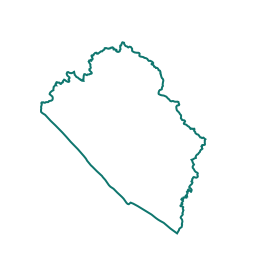 Mahanoro, Atsinanana, Madagascar, rotated 114°
{"feature_id": "10022922B42807663031303", "entity_name": "Mahanoro", "entity_type": "district", "adm_level": 2, "iso_a3": "MDG", "parent_name": "Madagascar", "parent_adm1": "Atsinanana", "projection": "mercator", "projection_center": [48.476, -20.043], "detail": "fine", "context": "isolated", "style": "outline", "palette": "teal", "viewbox_px": 256, "rotation_deg": 114, "n_neighbors": 0, "source": "geoboundaries", "source_scale": "gbopen_adm2", "svg_char_len": 5690}
<svg xmlns="http://www.w3.org/2000/svg" viewBox="0 0 256 256"><g transform="rotate(114 128 128)"><path d="M148.6,214.0L149.2,212.4L149.7,209.0L152.9,201.6L155.1,195.5L158.8,186.1L161.3,180.4L164.0,174.6L167.7,165.3L171.6,156.9L173.1,154.0L174.6,151.9L177.2,146.7L177.8,144.9L180.1,139.0L182.4,132.2L183.1,131.1L184.7,127.6L188.0,122.2L188.8,120.2L189.4,116.5L191.3,111.7L193.4,105.6L194.4,103.2L197.0,98.9L197.5,97.5L197.3,96.3L195.1,95.2L195.0,92.4L195.4,87.3L197.5,71.3L198.9,66.0L199.5,63.0L199.8,60.5L200.1,56.8L202.6,48.3L204.3,40.3L200.5,39.9L199.8,40.1L198.9,40.0L196.6,38.7L194.4,39.2L194.0,39.7L191.4,40.2L190.0,41.1L189.3,42.0L188.7,43.2L188.3,43.5L187.4,43.5L185.0,42.8L184.4,42.9L183.7,43.7L182.1,43.7L181.2,44.0L180.5,43.9L179.7,45.0L179.1,45.2L178.0,45.3L177.8,45.4L177.6,46.4L178.0,48.1L177.8,48.4L177.5,48.5L176.8,48.1L176.1,48.1L175.6,47.4L175.2,47.5L175.1,48.3L174.9,48.5L172.3,48.0L171.7,48.7L171.8,49.8L171.6,50.2L170.5,50.1L170.4,50.0L170.4,49.3L170.3,48.7L169.7,48.7L168.9,49.0L168.4,48.1L167.9,46.5L167.7,46.6L167.2,47.7L166.4,47.7L166.3,47.4L166.4,47.1L167.0,46.3L166.7,46.0L165.0,47.2L163.3,47.1L162.4,48.2L162.0,48.1L161.6,47.3L161.3,47.3L160.4,48.0L159.8,47.9L159.6,47.8L159.6,47.5L160.3,46.1L160.2,45.4L160.7,44.6L160.6,44.4L159.2,44.5L158.5,44.8L157.7,46.2L157.4,47.6L157.1,48.0L156.7,48.1L156.0,47.9L155.4,47.9L153.1,46.9L151.6,46.9L151.3,47.1L151.2,48.1L151.1,48.3L149.5,48.1L148.7,48.6L147.8,48.3L146.8,48.4L146.0,47.9L145.9,46.6L145.6,45.4L144.7,44.6L144.0,44.5L143.1,45.0L142.5,45.7L141.5,45.7L141.0,45.8L140.7,46.4L140.6,48.1L140.3,49.0L139.9,49.8L138.9,51.0L138.0,52.7L137.1,53.2L135.6,53.2L134.6,52.8L134.4,53.0L134.0,53.8L132.6,55.4L132.2,55.6L131.2,57.0L130.2,55.9L128.6,54.8L127.7,53.8L126.7,54.5L125.4,54.5L124.0,54.0L123.6,53.5L123.3,53.4L121.8,53.1L120.6,52.6L119.3,52.8L118.4,52.6L117.6,52.0L116.7,51.6L116.2,52.3L115.9,52.5L115.0,52.7L114.9,53.4L113.5,53.3L113.1,52.8L112.6,51.6L111.9,51.0L110.6,51.6L109.9,52.1L108.8,52.4L108.3,52.8L107.2,52.8L106.8,52.7L106.6,53.8L106.1,55.1L106.2,55.4L107.1,56.2L106.9,57.3L107.2,58.1L106.7,58.9L106.4,59.6L106.0,60.0L105.5,61.4L105.7,62.7L105.5,63.5L105.1,64.5L104.3,65.0L103.7,66.4L102.1,66.8L101.7,67.2L101.7,67.4L102.6,68.1L102.5,69.3L103.3,70.1L103.4,70.5L103.2,70.8L102.7,71.0L102.6,71.8L102.0,72.8L101.9,74.4L101.3,75.9L101.5,78.5L101.0,78.9L100.7,78.9L98.8,78.5L98.5,78.7L98.1,79.6L98.7,81.8L98.1,82.5L97.8,83.4L97.4,83.8L96.3,84.0L94.8,84.7L94.0,86.4L93.1,87.6L92.0,90.5L90.8,91.5L89.1,92.5L87.8,92.4L87.2,92.0L86.7,90.9L86.2,90.7L85.8,90.7L84.6,91.7L84.1,92.6L83.7,92.7L83.8,93.5L84.6,95.0L85.0,96.3L85.0,97.7L85.4,98.6L86.0,99.2L86.1,100.0L85.9,100.9L85.1,102.1L84.9,103.2L83.8,105.7L83.8,108.5L84.4,110.5L84.6,111.8L84.5,113.7L83.7,114.3L81.7,114.7L80.4,114.4L79.8,113.7L78.9,112.9L76.9,113.5L75.3,113.2L74.6,113.9L71.9,114.7L70.6,114.9L69.8,115.3L68.9,116.3L68.6,117.3L67.6,118.4L67.0,118.8L66.4,119.4L65.9,119.6L65.4,120.3L65.2,120.2L64.7,120.7L64.2,121.0L64.0,120.9L63.8,121.0L62.7,122.1L62.6,122.8L62.8,123.5L61.8,124.4L61.4,125.2L61.3,125.8L61.8,126.9L61.4,127.3L61.4,128.2L61.2,128.5L61.3,129.2L60.6,129.7L60.4,130.0L60.2,130.7L60.2,132.3L59.7,132.5L59.4,132.3L59.1,132.0L58.8,131.4L58.6,131.4L58.4,131.4L57.8,132.4L57.6,133.4L57.6,135.2L58.2,136.1L58.2,136.3L58.0,137.0L57.0,138.5L56.9,140.1L57.3,141.7L57.0,142.2L57.0,142.9L57.7,145.9L57.4,147.0L55.3,147.7L55.0,148.3L55.1,149.4L55.6,150.3L56.3,152.8L56.1,155.1L55.7,155.7L53.9,156.5L52.9,158.2L53.0,159.4L53.2,159.8L54.3,160.5L54.3,160.9L53.9,162.0L54.1,163.2L54.0,163.8L52.8,165.7L51.8,166.2L51.7,166.6L51.9,166.9L51.9,167.8L52.1,168.0L53.0,168.1L55.0,167.9L55.8,168.5L56.2,168.1L57.1,168.2L59.0,166.9L59.7,166.9L60.2,167.2L61.3,166.8L62.2,167.5L62.6,168.1L62.7,169.5L62.4,170.2L61.6,170.1L61.4,170.2L61.3,170.5L61.5,170.9L61.4,171.3L61.7,171.6L61.7,172.2L62.1,173.1L61.6,173.5L61.2,173.1L60.9,173.7L61.1,174.1L60.6,174.8L60.7,175.1L61.1,175.3L61.4,175.6L61.4,176.1L62.5,176.7L62.6,177.2L63.4,177.7L63.4,178.3L63.8,179.1L63.8,180.4L64.3,181.5L64.8,181.8L65.3,181.5L66.1,181.6L67.4,182.5L68.3,182.7L68.6,182.9L68.8,183.7L69.2,184.0L72.4,185.7L72.7,186.7L72.1,187.2L72.1,187.5L72.7,188.5L74.7,189.3L75.6,189.2L76.0,190.0L76.5,190.7L77.0,190.7L77.4,190.3L77.7,189.6L78.1,189.6L78.8,188.9L78.9,188.6L79.5,188.4L79.9,188.4L80.6,189.0L81.4,188.8L81.6,188.9L81.2,189.8L81.5,189.9L82.1,190.9L82.5,190.9L82.8,190.6L83.3,190.9L84.3,189.7L85.3,188.1L86.8,187.6L87.9,186.6L89.0,186.5L89.4,186.7L89.9,187.2L90.8,186.9L91.6,185.2L91.8,184.4L92.2,183.7L92.7,183.4L93.2,183.5L94.2,184.8L94.8,185.2L95.6,186.7L96.4,187.0L96.5,187.7L96.3,189.2L96.6,189.8L98.3,189.7L101.6,188.5L102.0,188.9L102.3,188.7L103.0,187.8L103.2,188.1L103.5,189.6L103.1,190.4L103.4,190.9L102.8,192.0L102.9,192.8L102.3,194.5L102.4,195.8L101.2,197.9L101.1,198.3L98.6,200.1L98.8,200.3L99.8,200.7L101.0,202.1L101.3,203.1L101.4,204.6L101.2,205.3L101.7,206.1L103.1,206.2L103.9,205.7L104.8,204.7L105.6,202.0L106.4,201.7L107.7,202.1L108.8,200.8L109.4,200.6L110.0,200.9L110.3,201.9L110.2,203.9L109.8,205.2L109.8,206.0L111.8,206.5L112.7,206.1L113.2,206.3L113.8,207.1L114.0,207.2L114.4,207.0L114.9,207.1L115.2,207.6L114.7,208.9L114.5,209.6L115.2,210.4L115.0,211.4L115.2,211.9L116.3,212.0L116.8,211.8L117.1,212.0L117.6,211.6L118.3,211.8L118.4,211.5L118.6,212.0L121.0,212.6L121.4,212.3L122.8,212.0L123.8,211.5L124.9,212.4L126.0,213.0L127.3,213.5L128.5,213.5L129.0,213.3L130.0,209.9L131.2,208.9L132.7,208.5L133.3,208.6L134.2,209.2L135.5,211.1L136.6,211.3L136.9,211.6L137.6,213.2L138.0,213.7L138.6,214.0L138.9,214.5L139.0,216.0L139.5,216.2L139.6,217.1L140.0,217.3L140.5,217.3L141.7,216.3L144.1,216.0L145.4,215.2L146.7,214.9L148.6,214.0Z" fill="none" stroke="#0f766e" stroke-width="2"/></g></svg>